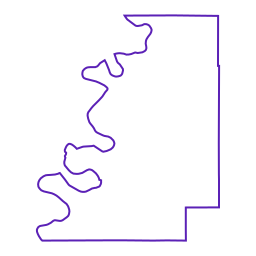 Bolivar, Mississippi, United States of America (Albers equal-area conic projection)
{"feature_id": "52423323B48999249202093", "entity_name": "Bolivar", "entity_type": "district", "adm_level": 2, "iso_a3": "USA", "parent_name": "United States of America", "parent_adm1": "Mississippi", "projection": "albers", "projection_center": [-91.039, 33.825], "detail": "fine", "context": "isolated", "style": "outline", "palette": "violet", "viewbox_px": 256, "rotation_deg": 0, "n_neighbors": 0, "source": "geoboundaries", "source_scale": "gbopen_adm2", "svg_char_len": 2800}
<svg xmlns="http://www.w3.org/2000/svg" viewBox="0 0 256 256"><path d="M219.1,65.9L218.0,65.9L218.1,15.9L174.0,15.4L124.6,15.6L124.9,16.1L126.9,19.0L127.6,19.7L135.5,25.6L136.4,25.9L137.8,26.0L141.9,25.3L144.3,24.1L146.0,24.1L147.7,24.6L148.9,25.3L149.6,26.0L151.1,28.3L151.6,29.8L151.5,30.7L151.1,32.3L150.3,33.9L147.9,37.0L146.6,39.1L146.1,40.3L145.9,41.4L145.7,43.7L146.2,46.2L146.4,48.0L146.2,49.0L145.8,50.0L144.7,51.1L142.4,52.3L137.7,53.0L135.3,52.5L134.8,52.6L131.3,54.0L128.8,54.5L126.4,54.6L123.8,53.7L119.9,53.2L118.0,53.3L116.2,53.6L114.5,54.1L117.0,61.4L117.8,62.7L119.9,64.5L122.9,69.0L123.0,70.5L122.2,73.7L121.7,74.5L120.9,75.4L119.9,75.9L118.0,76.4L116.0,76.6L114.6,76.3L112.3,75.4L110.7,74.2L109.8,72.5L109.1,70.2L106.4,63.5L104.7,60.2L100.0,63.2L98.2,65.5L97.2,66.4L95.4,67.1L91.0,67.1L88.2,67.3L86.9,67.6L85.7,68.2L84.4,69.1L82.9,70.8L82.6,71.8L82.4,72.9L82.3,74.3L82.7,76.1L83.3,77.3L84.1,78.1L85.7,78.8L85.9,78.9L95.9,81.4L99.3,82.8L104.4,85.4L106.6,87.2L107.5,88.3L107.5,89.2L107.3,89.8L105.2,92.2L102.4,96.5L99.1,100.1L93.2,106.0L91.4,108.1L88.3,112.2L87.7,113.8L87.6,115.7L88.2,118.7L89.4,122.2L90.2,123.4L92.8,126.6L94.0,128.4L95.0,130.5L95.9,131.7L97.3,132.7L102.8,135.3L104.4,135.9L108.3,136.6L110.7,137.8L113.3,140.4L114.1,142.2L114.4,143.5L114.1,145.0L113.5,146.4L112.7,147.6L110.7,149.3L106.7,151.0L103.4,151.7L102.3,151.4L93.7,145.7L91.6,146.1L83.7,146.6L82.6,146.8L76.8,148.8L75.4,147.3L73.4,145.6L71.6,144.4L70.1,143.9L68.9,143.9L68.4,144.1L67.2,145.2L66.4,146.3L65.8,147.5L64.8,150.0L64.9,151.3L65.2,152.0L66.0,152.5L66.2,152.9L65.9,154.4L64.9,156.0L65.0,156.9L65.4,157.7L64.3,161.8L64.3,163.3L64.6,164.7L64.9,165.5L68.8,170.2L71.0,172.3L73.4,173.6L76.6,173.9L78.7,173.8L82.3,172.9L86.9,170.2L89.1,169.4L90.5,169.6L91.8,170.0L93.1,170.9L95.9,173.3L97.7,175.7L98.4,177.0L99.0,178.4L99.3,179.8L100.2,180.0L101.1,180.3L101.1,182.7L100.8,184.0L99.8,186.0L99.1,186.6L96.0,187.8L94.7,187.9L92.0,188.5L89.5,189.9L85.9,191.6L84.1,191.9L82.8,191.9L80.9,191.6L78.7,190.7L69.4,185.4L68.5,184.5L65.0,179.6L59.8,173.0L59.3,173.1L58.2,173.7L55.1,174.5L50.5,174.9L47.1,175.1L45.7,175.3L43.5,176.3L40.8,178.3L39.3,180.3L38.5,182.1L38.1,184.2L38.4,186.6L38.9,187.6L40.0,189.0L41.3,190.3L43.8,191.4L51.9,193.3L54.2,194.3L56.5,195.6L58.7,197.3L63.0,201.2L66.6,204.0L68.1,206.3L68.6,207.7L69.2,209.6L69.4,211.5L69.0,214.0L68.7,214.9L68.2,215.9L66.8,217.2L62.5,220.3L60.8,220.9L59.7,220.9L54.9,220.2L54.2,220.4L53.3,220.8L50.8,222.8L47.8,224.4L46.3,224.9L40.5,225.9L39.6,226.2L38.2,227.2L37.5,228.4L37.3,228.7L36.9,229.9L37.0,231.7L37.8,233.9L38.9,236.1L41.1,239.5L42.3,240.6L119.8,240.3L153.4,240.6L167.0,240.4L185.9,240.6L185.8,229.8L185.8,213.8L185.8,207.5L219.0,207.4L219.0,179.6L218.9,173.9L218.8,143.4L218.9,117.2L219.1,65.9Z" fill="none" stroke="#5b21b6" stroke-width="2"/></svg>